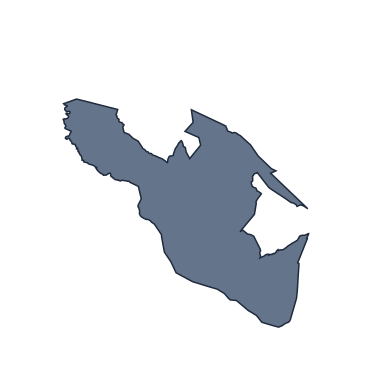 outline of Santiago Tilantongo, Oaxaca, Mexico, rotated 127°
{"feature_id": "50627088B21759146894755", "entity_name": "Santiago Tilantongo", "entity_type": "district", "adm_level": 2, "iso_a3": "MEX", "parent_name": "Mexico", "parent_adm1": "Oaxaca", "projection": "orthographic", "projection_center": [-97.358, 17.197], "detail": "fine", "context": "isolated", "style": "filled", "palette": "slate", "viewbox_px": 384, "rotation_deg": 127, "n_neighbors": 0, "source": "geoboundaries", "source_scale": "gbopen_adm2", "svg_char_len": 5994}
<svg xmlns="http://www.w3.org/2000/svg" viewBox="0 0 384 384"><g transform="rotate(127 192 192)"><path d="M135.7,89.4L129.7,140.5L124.6,137.7L125.6,142.7L123.4,160.9L119.2,173.5L118.1,185.2L117.9,187.4L118.2,188.6L118.3,190.1L118.1,190.8L118.3,191.9L118.5,192.8L118.7,193.5L119.1,194.1L119.6,194.6L120.4,194.9L120.8,195.4L120.7,196.0L120.8,196.8L121.1,197.9L121.5,199.0L121.7,200.3L121.3,201.2L120.4,202.4L119.4,204.4L119.0,204.6L119.8,209.0L126.7,242.0L135.7,233.0L147.8,234.1L144.4,219.3L149.4,213.3L159.1,213.7L166.7,213.9L163.4,221.1L162.7,221.6L162.1,222.4L161.5,223.0L160.8,223.7L160.5,224.3L160.6,225.0L160.6,225.6L160.7,226.4L159.9,227.2L159.5,227.8L158.9,228.5L158.5,229.1L158.0,229.9L157.6,230.6L157.4,231.4L158.3,231.9L159.3,231.7L160.8,232.1L162.1,231.9L163.7,231.5L164.8,231.6L165.7,231.4L167.2,231.5L168.1,231.1L168.9,230.9L169.6,230.7L170.2,230.6L171.0,230.2L172.5,229.9L173.3,229.3L173.9,229.0L174.9,229.5L175.9,230.5L176.2,231.0L177.3,231.6L177.9,231.5L178.6,231.3L179.4,231.2L180.4,230.9L181.3,230.4L182.0,229.9L183.3,229.4L183.3,232.0L183.4,234.8L183.5,236.1L184.1,238.2L184.7,240.6L185.3,243.4L185.9,245.1L186.3,246.1L185.9,246.7L185.7,247.4L186.1,248.3L186.5,248.8L186.9,249.1L186.8,250.3L186.4,251.1L187.0,252.3L187.0,253.6L186.7,254.7L186.6,255.7L186.8,256.5L186.9,257.6L186.3,258.7L183.8,265.6L184.6,271.5L184.4,272.9L183.9,277.2L185.3,282.1L182.0,286.2L179.3,286.7L179.4,287.7L179.0,288.4L178.9,289.1L178.9,289.7L179.0,290.4L179.5,291.4L179.7,292.6L179.4,293.1L178.7,293.5L178.0,293.9L177.8,294.8L178.0,295.6L177.6,296.7L177.0,297.2L176.6,297.6L176.3,298.5L176.0,299.3L175.1,299.4L174.4,299.6L173.7,299.9L172.5,300.4L170.8,301.0L187.2,340.1L198.7,347.7L198.8,347.1L199.1,346.5L199.0,345.8L198.4,344.5L198.3,343.5L198.6,343.2L200.1,343.9L201.7,344.0L202.6,343.4L203.1,342.2L203.2,340.8L202.5,339.8L201.5,338.7L201.4,337.9L201.8,337.3L202.7,337.1L203.5,337.4L204.1,338.4L204.1,339.0L204.5,339.6L205.0,339.9L205.4,339.7L205.6,339.2L205.6,338.0L205.5,337.0L205.9,336.1L206.4,335.8L207.9,335.7L209.2,336.6L210.2,337.3L210.4,338.0L211.3,338.6L211.7,338.4L212.0,337.6L212.7,336.6L213.4,336.0L213.9,335.6L214.2,334.9L214.5,334.1L214.5,333.5L214.9,332.8L215.4,332.4L216.9,332.3L217.7,331.5L217.1,329.3L216.8,328.1L216.7,326.7L216.2,325.9L216.1,325.4L216.2,325.1L216.9,324.7L217.7,324.7L218.6,324.6L219.7,324.3L221.0,324.0L221.5,324.1L222.1,324.8L222.6,325.2L223.3,325.7L224.1,325.9L225.2,325.6L225.4,324.7L225.3,323.9L224.9,323.4L224.1,323.3L223.5,323.0L223.2,322.5L223.1,321.9L223.4,321.3L224.1,320.4L224.2,319.1L224.8,317.6L225.6,317.0L225.6,316.4L225.3,316.0L224.8,315.4L224.9,314.7L224.4,314.2L224.5,313.4L225.3,312.8L225.4,311.8L226.2,310.9L226.0,310.2L227.0,310.0L226.4,309.2L227.1,308.6L227.8,306.9L228.3,307.1L228.3,306.2L228.9,305.6L229.2,304.3L229.7,303.8L229.7,302.6L230.5,301.3L231.3,300.2L232.0,299.6L232.8,298.9L232.0,297.6L233.1,296.6L232.3,294.6L231.5,293.0L231.9,291.8L229.9,286.2L230.2,284.3L230.6,283.5L229.9,283.4L229.8,283.1L230.3,282.9L230.2,282.4L231.3,281.8L231.9,279.0L232.1,276.2L231.5,273.8L232.0,272.9L230.0,270.6L228.7,270.2L227.7,269.7L226.7,269.3L226.3,268.9L226.3,268.4L226.5,267.9L226.9,267.5L227.8,266.8L228.0,266.5L228.2,266.0L228.4,265.7L228.2,265.1L228.0,264.3L228.4,263.4L228.2,262.8L228.3,262.4L228.4,261.7L228.4,261.0L228.1,260.2L227.6,259.5L227.3,259.0L227.1,258.8L227.3,258.3L227.2,258.0L226.8,257.6L226.6,257.2L226.6,256.6L226.4,256.0L226.0,255.6L225.6,255.4L225.1,255.2L224.8,254.8L224.1,254.1L224.0,253.7L223.5,252.5L223.2,252.2L222.8,251.6L222.2,249.9L222.0,249.6L221.7,249.3L221.5,248.8L221.3,248.4L221.6,247.5L220.5,241.9L219.8,238.2L228.0,228.4L235.0,227.1L236.3,226.2L236.5,225.5L236.8,224.8L237.4,224.1L237.8,223.4L238.6,222.6L239.8,221.6L240.8,221.1L241.7,219.6L242.0,218.8L242.2,218.0L242.2,217.0L242.2,216.0L242.1,215.2L241.7,213.0L241.4,212.0L240.8,211.4L240.5,210.3L240.1,209.5L240.0,208.4L240.2,207.5L240.2,206.8L240.4,206.4L240.5,205.9L240.3,205.2L240.3,204.8L240.4,203.7L240.2,203.0L244.4,190.8L246.4,189.0L256.6,177.9L260.4,166.9L266.1,156.1L263.3,137.6L257.8,122.4L254.4,113.4L253.6,105.0L254.9,99.2L255.2,96.6L251.9,91.2L252.8,75.7L251.8,66.3L254.0,57.8L252.9,54.7L249.2,44.9L247.7,41.4L246.1,40.5L244.8,39.7L243.7,39.3L242.2,38.8L240.8,38.4L239.6,37.7L238.5,36.9L237.0,36.3L234.9,36.6L213.9,44.6L210.5,46.7L208.2,48.0L206.4,49.2L203.2,51.3L194.8,56.9L191.0,59.4L186.5,62.3L184.7,63.6L184.9,65.0L159.8,71.8L160.0,72.5L155.8,73.5L155.1,73.8L155.7,74.3L157.1,75.0L158.7,75.9L159.8,77.4L161.1,78.7L162.6,79.5L164.2,79.2L166.7,78.8L168.4,79.3L169.6,79.8L171.6,80.6L172.7,81.3L174.3,81.6L175.6,82.2L177.2,82.8L178.2,83.1L179.7,83.2L180.8,83.8L182.0,84.1L183.4,84.6L184.5,85.9L185.6,87.2L186.7,87.7L186.2,88.6L188.6,89.0L189.2,88.6L189.8,88.6L190.2,88.7L191.1,89.0L191.5,89.2L191.9,89.2L192.0,89.4L192.0,89.7L192.0,89.8L192.1,90.0L192.4,90.1L192.7,90.2L193.0,90.4L193.3,90.5L193.6,90.5L193.8,90.7L194.0,91.2L194.1,91.3L194.3,91.4L194.6,91.4L194.9,91.9L195.2,92.2L195.2,92.5L195.3,92.8L195.6,92.8L196.1,92.5L196.3,92.5L196.2,92.8L196.2,93.1L196.4,93.3L196.4,93.6L196.3,93.9L196.1,94.1L197.0,94.9L198.2,95.5L200.1,96.0L201.4,96.8L202.5,97.4L203.7,98.0L202.4,98.3L201.4,99.3L200.5,100.6L199.6,101.5L197.6,101.9L196.4,103.4L191.8,112.8L190.2,115.8L190.3,117.0L190.4,118.3L190.9,119.8L191.4,121.1L192.1,122.0L191.9,128.9L194.9,129.7L188.5,129.5L178.9,129.0L172.3,128.7L169.1,130.3L165.7,132.1L162.5,133.8L161.1,135.1L158.0,135.5L151.7,135.5L151.5,136.3L151.6,137.8L151.6,138.8L151.7,139.8L152.0,140.7L151.5,141.6L150.8,142.3L150.5,143.6L151.0,144.7L151.3,147.4L150.5,148.2L149.9,149.3L148.3,150.7L147.2,150.2L146.1,150.5L145.0,151.5L144.4,151.9L144.0,152.3L143.0,153.1L142.3,153.0L141.4,153.0L140.5,153.3L139.4,152.9L138.4,151.9L137.8,151.7L137.2,151.6L141.6,135.5L142.0,133.8L142.2,131.8L141.6,122.1L140.9,111.6L141.0,109.5L140.8,108.0L140.8,106.4L140.1,105.4L139.7,103.6L139.5,102.2L139.6,100.9L140.3,99.5L137.8,98.1L137.1,97.6L136.4,96.3L135.9,93.8L135.7,89.4Z" fill="#64748b" stroke="#1e293b" stroke-width="1.5"/></g></svg>